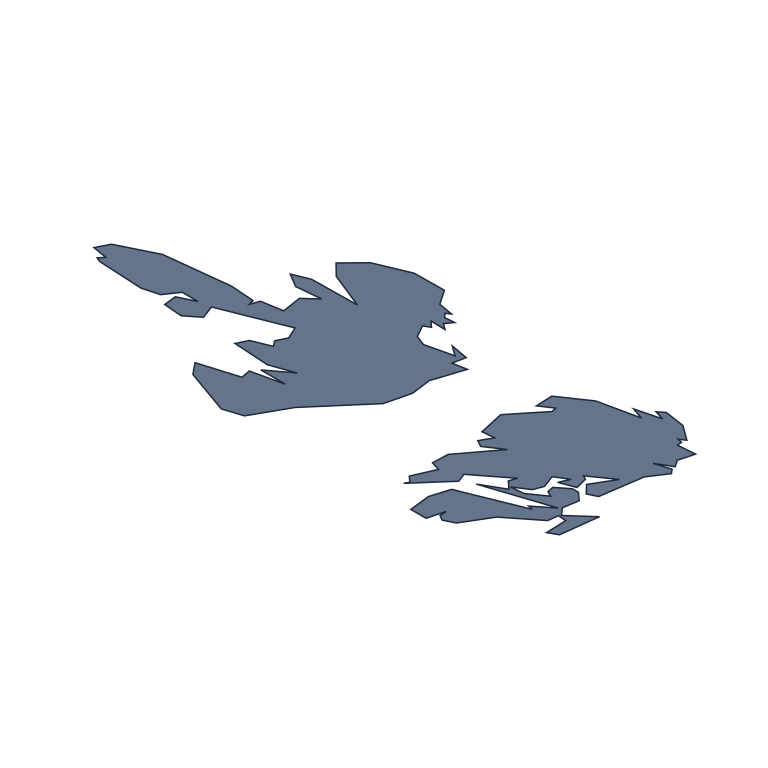 outline of Træna nor, Norway, rotated 18°
{"feature_id": "86288312B36206301754919", "entity_name": "Træna nor", "entity_type": "district", "adm_level": 2, "iso_a3": "NOR", "parent_name": "Norway", "parent_adm1": "", "projection": "robinson", "projection_center": [12.061, 66.501], "detail": "medium", "context": "isolated", "style": "filled", "palette": "slate", "viewbox_px": 768, "rotation_deg": 18, "n_neighbors": 0, "source": "geoboundaries", "source_scale": "gbopen_adm2", "svg_char_len": 1966}
<svg xmlns="http://www.w3.org/2000/svg" viewBox="0 0 768 768"><g transform="rotate(18 384 384)"><path d="M378.5,269.3L333.5,272.9L301.0,283.7L305.3,296.3L334.1,317.0L282.7,306.8L260.9,308.4L269.8,318.6L298.5,322.4L277.1,328.7L266.0,345.4L240.9,343.5L231.3,349.9L233.6,345.1L209.0,338.1L133.2,329.2L81.5,335.3L66.0,343.9L80.2,349.5L72.2,352.7L75.8,355.4L123.3,367.9L143.8,368.1L163.9,359.1L181.5,363.1L158.6,365.5L150.9,376.2L170.1,381.8L191.7,376.3L196.1,364.1L282.1,358.2L279.1,369.6L266.7,376.7L267.1,382.4L242.6,384.2L229.7,391.5L267.3,401.8L298.0,400.3L262.5,408.7L290.3,414.7L251.9,413.3L246.8,421.5L197.7,422.1L199.3,434.0L237.0,458.0L261.2,457.4L306.7,433.8L389.3,402.9L414.1,383.9L425.9,366.9L458.8,344.3L442.2,343.2L454.0,333.5L437.2,326.7L442.9,335.3L409.4,334.3L401.0,328.6L402.7,316.9L411.7,315.4L409.2,309.6L425.2,313.4L421.9,308.2L432.3,303.7L421.2,302.1L420.1,298.0L426.5,296.6L412.5,290.9L412.5,276.2L378.5,269.3ZM661.2,323.8L651.3,326.4L659.8,331.1L629.1,330.6L639.3,336.8L590.7,334.7L547.3,343.7L535.7,357.7L554.7,353.9L552.4,358.2L504.5,377.1L492.0,399.1L505.9,401.0L490.7,408.9L495.2,413.5L521.6,408.2L466.8,431.1L454.5,444.0L462.1,448.4L436.5,463.8L438.9,469.4L433.4,472.4L485.1,453.4L487.9,445.2L540.1,432.4L532.2,437.7L535.3,445.5L502.6,450.7L588.0,448.2L559.3,455.4L563.8,457.4L480.9,463.3L461.0,477.3L448.3,495.0L465.5,498.7L482.5,486.1L478.0,491.9L481.4,495.5L495.9,493.8L532.4,475.7L581.9,463.3L590.5,455.4L599.1,457.8L584.5,475.1L597.4,473.2L630.0,443.6L593.4,454.2L591.9,446.6L605.7,434.7L602.4,426.9L595.5,425.4L576.5,430.2L573.2,435.7L577.1,439.2L551.1,444.9L536.3,442.8L557.8,438.6L568.3,431.8L572.5,420.2L591.5,416.8L579.5,423.9L599.5,422.8L605.0,412.4L602.2,409.7L637.5,402.0L607.7,416.9L610.3,426.1L622.9,424.7L660.2,392.0L685.1,380.4L684.3,376.0L664.3,376.3L686.5,372.7L686.5,365.9L702.0,354.4L682.1,351.5L684.9,347.5L680.7,345.6L689.4,343.9L681.2,331.2L661.2,323.8Z" fill="#64748b" stroke="#1e293b" stroke-width="1.5"/></g></svg>